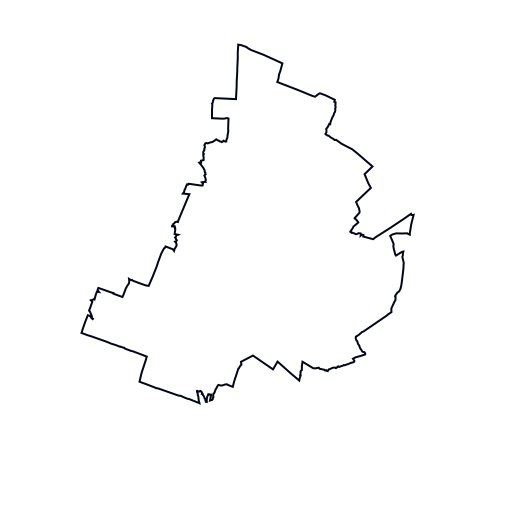 outline of Gorbanesti, Botosani, Romania, rotated 39°
{"feature_id": "2599482B80861129440907", "entity_name": "Gorbanesti", "entity_type": "district", "adm_level": 2, "iso_a3": "ROU", "parent_name": "Romania", "parent_adm1": "Botosani", "projection": "albers", "projection_center": [26.871, 47.774], "detail": "fine", "context": "isolated", "style": "outline", "palette": "ink", "viewbox_px": 512, "rotation_deg": 39, "n_neighbors": 0, "source": "geoboundaries", "source_scale": "gbopen_adm2", "svg_char_len": 6115}
<svg xmlns="http://www.w3.org/2000/svg" viewBox="0 0 512 512"><g transform="rotate(39 256 256)"><path d="M384.2,300.3L383.9,298.4L384.8,297.1L385.5,295.4L386.5,293.9L387.8,292.9L388.4,293.0L388.7,292.8L389.1,291.6L389.0,290.8L389.3,290.1L389.5,289.9L390.3,290.0L390.6,289.6L392.5,286.5L392.7,285.8L393.4,285.4L395.8,281.7L397.0,279.3L398.5,277.4L398.8,276.4L398.6,275.8L398.1,275.4L396.0,274.8L397.2,272.0L400.7,267.1L402.8,263.8L402.1,262.9L400.6,262.5L399.7,263.2L398.6,263.3L396.4,262.5L395.8,262.5L393.3,261.2L392.8,260.7L390.6,260.1L388.3,258.5L387.5,258.5L386.1,257.8L385.5,257.4L384.4,255.9L385.4,252.9L386.1,249.6L386.1,248.8L387.1,246.8L395.0,220.4L395.3,219.4L395.2,218.7L396.6,214.4L394.5,212.0L394.1,211.2L392.4,204.5L392.2,203.0L392.0,202.4L390.9,200.8L389.8,199.6L389.5,199.8L389.2,199.3L388.9,195.5L389.5,193.5L388.9,190.5L387.3,187.2L384.7,182.9L379.0,173.8L375.2,168.5L374.2,167.6L370.3,164.6L369.7,163.1L368.4,161.4L367.7,159.8L367.4,160.1L366.4,162.1L364.5,167.6L363.5,167.3L358.8,163.9L356.6,162.0L355.5,160.2L354.5,159.5L347.6,155.9L348.3,153.8L349.4,152.0L350.9,150.0L355.1,146.8L359.4,143.1L360.8,143.1L362.1,142.6L361.2,141.5L356.6,133.5L352.6,124.8L351.1,126.3L349.9,125.7L347.7,133.5L343.0,148.6L337.0,166.6L336.5,169.2L327.1,173.4L326.4,172.1L325.1,172.6L324.6,173.6L324.5,174.2L323.7,172.9L323.3,172.6L323.0,172.7L321.5,173.6L320.3,175.8L319.7,176.3L318.1,176.6L317.2,177.0L316.2,177.2L315.7,177.8L315.1,177.6L314.6,177.9L314.0,177.8L313.8,175.2L313.6,173.3L313.2,171.8L313.8,168.9L314.4,165.6L313.2,165.1L310.0,164.6L309.3,164.8L308.8,164.6L309.1,159.3L309.1,157.1L308.3,156.0L305.8,154.0L303.3,152.9L299.8,151.0L300.4,146.1L302.4,130.8L297.5,128.8L288.9,124.1L290.2,113.1L270.8,112.5L263.7,112.5L252.0,114.9L245.2,115.3L244.2,116.3L243.8,116.4L242.1,116.3L241.2,116.6L239.2,116.8L236.7,116.8L235.9,117.3L233.4,117.6L233.1,117.4L233.0,116.9L233.1,116.5L232.9,115.6L231.6,113.9L230.6,113.1L230.5,110.0L230.1,108.7L230.0,108.1L230.1,107.6L229.9,107.3L230.7,106.9L229.9,105.6L229.1,103.5L228.1,100.2L227.6,97.5L226.8,95.6L226.8,94.8L226.1,93.1L225.4,92.1L224.7,91.6L224.5,90.9L224.3,90.3L223.8,89.8L222.8,89.1L222.6,88.4L222.1,88.0L221.2,86.5L219.8,86.9L219.0,85.0L208.8,87.4L203.3,89.3L202.7,90.7L201.6,95.1L198.8,96.2L185.1,100.3L163.1,107.4L161.8,104.0L159.6,100.2L158.6,97.2L155.3,89.7L134.8,95.0L122.3,99.1L116.6,99.9L116.6,99.7L111.5,101.6L109.2,102.9L113.8,109.4L117.1,113.4L122.8,121.2L125.1,124.1L131.4,132.8L134.4,136.6L141.7,146.7L124.5,159.3L124.3,160.1L125.0,162.5L125.9,164.2L125.9,165.3L126.5,165.5L127.9,167.3L129.6,169.8L135.1,176.6L143.9,170.1L145.4,168.6L146.7,167.0L148.1,166.5L154.3,174.7L156.2,176.8L157.0,178.5L159.3,182.2L160.0,184.6L160.8,185.7L160.4,186.2L159.1,186.8L158.2,186.8L158.1,187.3L158.1,188.2L157.6,189.1L156.7,189.2L155.4,189.8L154.7,189.7L153.5,190.2L151.7,190.3L151.3,192.1L150.4,194.8L148.9,196.7L147.6,198.9L146.5,199.2L145.7,200.5L145.9,201.1L146.1,202.3L147.4,203.1L147.9,203.7L147.9,204.1L148.3,204.8L148.3,205.1L149.2,206.1L149.1,206.5L149.4,207.2L149.4,207.7L149.6,208.1L149.6,208.5L150.6,209.6L151.3,209.6L151.4,210.1L151.3,210.5L151.5,210.9L153.1,212.1L154.9,214.5L153.3,216.5L154.7,218.1L154.1,218.9L153.4,218.7L153.1,219.2L155.3,219.6L159.6,220.7L162.1,221.7L163.5,223.1L164.4,223.3L165.0,224.0L165.4,224.2L165.2,224.8L165.3,225.2L165.2,225.9L167.4,227.1L169.4,228.7L169.6,229.7L169.3,230.7L169.6,230.7L167.8,232.4L167.5,232.8L169.2,233.1L170.1,234.9L168.5,236.1L158.1,242.3L158.4,243.1L157.3,243.8L157.6,244.6L157.8,245.8L158.7,248.2L158.8,249.4L159.8,251.5L159.9,253.5L165.3,249.9L170.9,269.2L173.3,277.3L173.9,278.8L172.6,279.4L171.9,280.5L171.9,281.5L171.6,283.3L172.0,283.6L172.0,283.9L171.7,284.7L171.9,285.6L172.1,285.8L172.3,285.6L174.0,284.0L175.0,284.7L174.9,285.1L175.3,285.2L175.8,285.7L176.0,285.6L176.6,286.2L178.9,290.1L182.0,288.6L181.2,290.1L181.2,290.5L181.6,291.7L181.5,292.6L182.5,292.6L183.1,293.3L184.6,293.6L184.7,294.1L184.6,295.1L184.1,295.8L185.8,296.1L187.6,297.6L188.1,299.8L188.3,301.8L189.1,303.6L187.2,303.1L179.7,305.5L179.9,306.1L180.0,307.3L179.7,308.0L180.8,313.5L183.5,321.6L185.3,326.3L188.7,337.1L191.4,346.8L188.9,348.2L183.7,350.1L175.8,352.7L175.0,352.6L174.4,353.1L173.4,353.5L171.7,353.7L173.6,355.6L174.5,357.3L174.7,358.7L174.6,359.4L175.2,363.0L177.3,369.2L178.0,371.9L170.2,374.6L168.6,375.0L168.4,374.5L166.8,375.3L153.6,380.0L154.3,382.3L156.6,382.8L154.9,383.8L154.8,384.0L156.1,387.5L157.8,391.3L157.1,391.3L156.6,393.3L155.8,393.8L155.5,394.3L157.6,394.6L159.8,400.8L160.6,403.5L161.9,403.7L166.0,405.9L166.5,406.2L167.5,407.5L168.8,407.4L168.8,407.8L167.3,407.8L164.9,407.0L162.6,407.9L164.8,414.9L167.3,421.8L168.8,425.6L174.8,423.6L178.8,422.0L193.7,416.7L198.5,415.3L203.3,413.4L207.4,412.1L207.7,412.0L207.7,411.7L210.7,410.7L211.4,410.2L212.1,410.5L213.8,410.0L218.6,408.4L220.4,407.5L234.4,402.9L236.0,406.6L240.2,417.7L241.3,420.3L244.6,427.0L255.0,423.5L261.0,421.6L261.6,421.6L262.3,421.0L263.8,420.3L283.5,413.3L285.4,412.1L290.9,410.6L293.2,409.8L293.9,409.3L304.7,406.0L302.3,404.2L299.4,401.3L298.3,400.7L297.0,399.3L295.8,398.8L295.0,398.0L295.1,397.8L295.6,397.6L296.2,397.6L297.0,397.2L297.6,396.5L297.5,396.0L297.7,395.8L299.4,395.9L300.3,396.4L300.6,396.7L300.7,397.1L301.3,396.7L302.3,397.5L303.2,397.6L304.7,398.3L305.7,399.0L306.1,398.9L308.8,400.9L309.6,400.4L307.9,398.3L306.8,396.3L306.5,395.5L306.4,394.6L305.9,393.6L306.2,393.1L306.4,393.0L307.0,393.1L308.2,392.0L308.5,392.2L311.2,397.3L312.5,395.4L312.5,394.5L311.6,393.2L311.8,392.8L311.6,392.2L310.5,391.4L309.7,390.1L309.6,389.5L309.8,389.1L309.8,388.7L308.5,384.8L308.4,383.3L308.0,382.0L307.9,379.9L310.5,378.6L311.2,377.9L312.8,375.4L314.1,374.0L315.2,373.9L320.3,372.3L318.2,367.8L313.1,354.5L313.4,354.1L313.0,352.2L312.9,351.1L313.1,349.7L310.9,347.7L316.3,335.3L340.6,333.4L339.2,324.5L356.2,325.3L368.0,325.6L366.9,323.5L365.8,320.6L365.3,320.8L364.2,318.8L363.3,317.7L363.2,317.1L363.4,316.6L363.4,315.8L361.0,312.8L358.7,308.9L371.1,307.2L372.8,306.0L375.1,303.3L376.4,303.6L380.7,301.4L381.9,301.5L382.4,300.6L383.0,300.8L384.2,300.3Z" fill="none" stroke="#020617" stroke-width="2"/></g></svg>